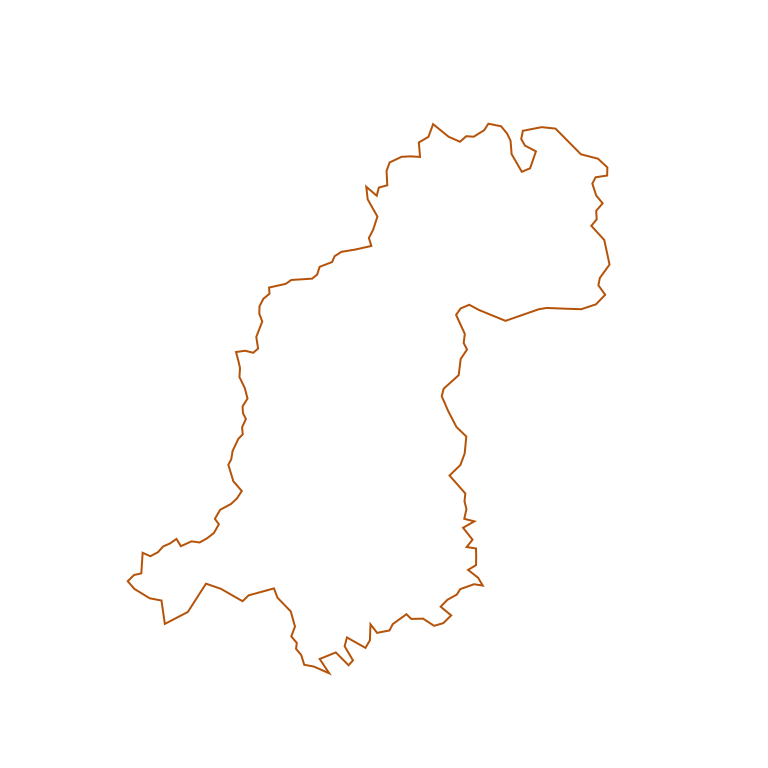 the district of Trindade do Sul, Rio Grande do Sul, Brazil, rotated 288°
{"feature_id": "56859067B60516557813465", "entity_name": "Trindade do Sul", "entity_type": "district", "adm_level": 2, "iso_a3": "BRA", "parent_name": "Brazil", "parent_adm1": "Rio Grande do Sul", "projection": "equal_earth", "projection_center": [-52.905, -27.526], "detail": "fine", "context": "isolated", "style": "outline", "palette": "amber", "viewbox_px": 768, "rotation_deg": 288, "n_neighbors": 0, "source": "geoboundaries", "source_scale": "gbopen_adm2", "svg_char_len": 2418}
<svg xmlns="http://www.w3.org/2000/svg" viewBox="0 0 768 768"><g transform="rotate(288 384 384)"><path d="M566.1,306.2L554.6,311.4L541.2,326.0L527.3,326.0L518.2,324.5L511.4,329.3L503.1,315.3L496.5,302.6L490.2,297.5L484.0,297.0L475.6,286.6L467.4,286.6L462.0,283.1L454.3,263.7L448.9,259.6L440.2,244.9L434.5,247.2L427.7,242.9L419.3,241.6L412.3,243.7L405.8,248.9L389.3,248.0L378.8,253.3L373.3,250.0L372.7,241.6L368.7,233.4L360.1,238.9L354.7,242.1L345.9,244.4L337.2,252.8L328.0,258.7L318.9,256.4L312.7,258.9L308.0,263.5L299.0,262.4L292.5,265.2L286.8,262.4L273.5,260.7L265.1,262.0L259.1,260.9L244.9,270.8L238.3,281.8L229.7,279.5L222.7,275.6L213.8,267.1L203.5,264.8L199.6,270.3L189.8,268.3L182.3,263.2L176.3,257.6L174.9,249.6L167.0,240.9L172.5,234.5L166.2,229.7L161.2,224.1L154.2,221.0L148.0,215.0L148.9,206.6L128.9,211.7L125.1,205.3L117.3,201.2L112.0,209.8L107.8,227.4L109.3,239.3L88.1,249.7L106.6,267.9L139.1,276.4L138.8,292.2L133.7,316.6L141.2,320.6L155.6,342.5L147.8,348.8L138.9,365.6L125.8,374.3L115.3,373.8L110.8,381.1L104.9,382.2L100.7,389.0L92.3,394.9L93.6,404.5L91.9,421.3L102.6,407.8L113.8,421.1L105.6,437.2L111.5,439.9L116.5,434.3L122.4,427.6L131.5,427.1L127.3,447.9L135.9,449.8L151.3,445.4L145.2,454.3L151.3,465.4L158.3,466.5L172.0,476.5L169.0,482.5L172.9,493.7L169.5,506.4L174.9,514.3L184.7,519.4L189.7,506.7L198.4,511.0L206.2,518.3L212.5,519.9L221.4,531.5L222.8,540.2L228.8,533.4L233.2,521.4L240.2,527.5L248.4,525.0L256.0,522.3L254.5,513.0L263.3,516.3L271.7,503.6L281.3,512.4L280.6,502.0L290.4,501.1L297.3,496.8L305.0,495.2L317.2,474.6L330.6,481.7L342.9,482.2L359.5,478.5L365.5,466.2L378.0,453.5L390.2,442.7L398.0,442.2L415.5,452.3L431.5,449.2L442.5,452.3L447.6,447.1L456.6,445.4L472.0,431.2L479.5,433.5L485.7,440.6L483.7,451.8L481.6,480.0L503.0,508.2L506.6,515.2L511.9,534.1L516.1,548.5L525.3,561.0L537.2,566.8L544.1,557.4L551.6,556.5L567.3,561.6L589.0,549.0L598.5,532.3L606.3,535.4L614.3,532.3L623.4,536.1L628.9,527.5L639.0,520.2L646.0,521.4L651.2,531.8L659.0,529.5L664.4,517.9L663.3,500.3L679.9,468.2L677.0,454.6L667.7,437.8L659.4,438.8L654.3,444.4L652.2,456.6L634.3,456.3L628.4,449.5L642.1,434.3L654.4,429.2L660.3,423.6L665.3,415.7L663.8,402.8L656.4,400.9L646.9,392.9L645.1,385.7L637.9,381.4L639.1,369.1L646.3,350.4L632.8,349.9L624.5,342.5L611.1,348.1L608.7,338.9L605.5,330.5L596.5,320.9L587.4,320.6L574.0,325.7L569.2,318.4L560.8,318.9L566.1,306.2Z" fill="none" stroke="#b45309" stroke-width="2"/></g></svg>